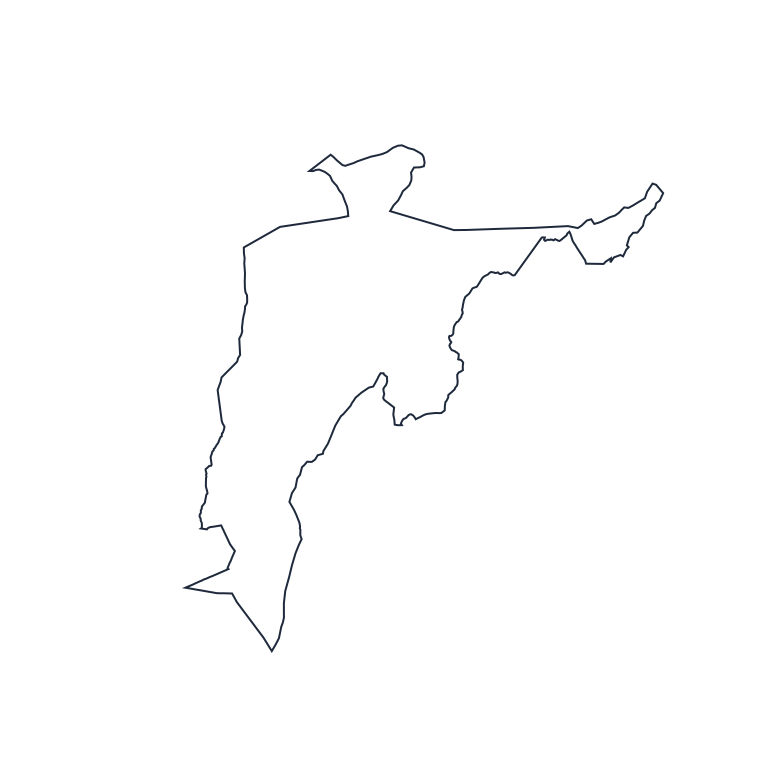 outline of Santiago Nuyoó, Oaxaca, Mexico, rotated 203°
{"feature_id": "50627088B90453813350653", "entity_name": "Santiago Nuyoó", "entity_type": "district", "adm_level": 2, "iso_a3": "MEX", "parent_name": "Mexico", "parent_adm1": "Oaxaca", "projection": "equal_earth", "projection_center": [-97.77, 17.01], "detail": "fine", "context": "isolated", "style": "outline", "palette": "slate", "viewbox_px": 768, "rotation_deg": 203, "n_neighbors": 0, "source": "geoboundaries", "source_scale": "gbopen_adm2", "svg_char_len": 6165}
<svg xmlns="http://www.w3.org/2000/svg" viewBox="0 0 768 768"><g transform="rotate(203 384 384)"><path d="M487.2,118.9L465.8,123.9L455.9,126.2L449.1,129.0L444.3,130.9L442.0,131.8L437.2,128.1L434.5,125.9L395.8,103.4L382.9,94.3L381.9,102.2L381.4,109.0L383.7,120.4L383.9,124.8L384.8,129.8L386.8,134.4L390.5,143.1L394.0,154.8L395.9,169.2L397.9,181.3L399.3,193.6L399.5,202.8L399.2,209.0L401.9,212.0L404.1,217.3L404.9,217.9L405.8,220.5L407.9,223.5L413.5,229.2L417.8,233.1L425.0,238.5L426.1,247.6L425.0,254.1L426.9,262.9L426.4,265.7L425.8,267.5L427.0,275.4L425.7,278.2L424.4,282.4L420.0,284.1L417.9,287.5L417.2,292.5L413.0,295.9L413.6,298.6L412.3,307.1L412.4,318.2L412.6,326.6L411.1,337.6L409.7,340.3L406.3,350.7L406.2,351.9L406.1,353.7L405.8,355.3L405.3,357.4L404.9,360.2L401.4,367.2L396.5,374.8L392.9,377.5L392.4,382.0L392.0,386.3L392.0,388.2L391.4,392.5L388.6,393.7L388.0,392.9L386.5,392.4L384.0,391.7L383.7,391.1L383.2,389.8L382.3,388.1L382.1,387.6L381.8,385.6L381.8,383.4L382.3,382.1L382.7,379.3L382.3,378.5L381.4,376.9L379.9,375.0L379.4,371.5L379.2,370.7L377.9,369.6L374.7,368.6L373.5,368.4L365.5,366.3L363.5,359.6L362.6,358.1L360.4,354.9L358.3,350.8L356.1,351.2L354.4,351.8L351.5,353.1L352.9,354.1L353.0,355.8L352.9,357.2L352.6,358.9L352.3,359.5L350.5,361.3L349.7,363.5L349.4,364.5L349.2,365.0L348.1,366.3L346.9,366.8L346.0,366.5L344.8,366.4L344.2,366.1L343.0,365.4L341.0,364.0L339.2,366.2L338.4,367.0L336.9,368.8L335.8,370.3L335.2,370.8L334.9,371.4L333.0,373.0L331.8,373.8L328.8,375.5L325.3,377.4L322.6,378.5L321.7,378.8L319.9,379.7L319.5,380.4L317.8,383.4L319.4,387.6L320.4,391.5L320.0,392.4L319.8,393.6L319.6,396.4L320.5,399.1L320.3,399.5L318.4,403.2L317.9,404.4L316.9,406.7L317.0,408.5L316.3,410.4L316.3,412.4L317.2,415.2L318.3,417.2L319.3,419.1L320.2,421.1L319.8,423.7L318.0,425.7L316.8,427.6L318.3,430.7L319.5,434.7L321.5,435.8L323.0,436.2L324.7,435.7L325.4,435.7L325.5,436.5L326.0,438.3L326.8,440.6L329.4,441.5L330.7,441.5L331.6,441.9L334.9,441.7L337.2,443.2L338.8,444.9L338.8,445.9L338.9,446.6L338.6,447.2L338.4,448.8L340.5,450.0L341.3,450.9L341.6,451.3L342.5,452.5L342.5,453.8L340.9,454.6L340.1,456.2L339.9,457.2L340.1,457.9L340.6,459.2L340.9,460.2L341.6,462.4L342.0,464.1L342.0,464.9L341.9,466.4L341.5,468.4L341.2,469.5L340.6,469.9L340.1,470.9L339.8,472.7L339.4,474.0L339.1,476.2L339.4,478.3L339.1,479.6L340.0,481.3L341.1,482.6L341.5,484.9L342.4,488.5L342.7,490.1L343.1,492.3L343.2,496.0L341.2,499.9L340.8,500.9L339.9,506.6L339.0,507.6L336.7,509.6L336.4,510.3L335.9,513.3L335.3,517.2L334.8,520.3L334.3,521.2L333.8,522.2L332.8,523.5L331.0,525.6L330.5,527.1L329.3,528.9L325.9,529.7L325.0,529.6L323.9,530.2L322.7,531.3L321.8,530.9L320.5,530.5L319.0,531.1L316.6,533.9L316.3,533.9L315.4,534.0L313.9,535.1L312.6,535.2L309.9,534.8L308.5,534.3L307.2,534.5L306.2,535.3L296.0,580.4L294.9,581.2L294.3,581.2L293.2,581.7L293.0,579.3L291.5,578.7L289.7,580.8L287.8,581.3L287.0,582.2L286.3,582.2L285.7,582.5L284.0,582.5L283.1,584.2L279.2,584.0L278.4,584.2L277.5,585.5L274.0,592.3L274.1,594.0L272.9,596.6L272.0,595.9L270.7,594.6L270.4,594.3L266.2,589.4L265.0,588.5L262.9,587.1L261.8,586.4L259.8,584.9L258.3,583.9L254.6,581.4L252.1,579.8L249.3,577.8L247.2,576.5L245.0,573.7L228.8,580.3L227.7,583.3L224.3,588.4L223.1,584.4L221.8,590.4L218.6,593.4L216.7,595.2L213.8,594.9L213.5,602.0L212.3,605.6L214.6,606.5L215.5,614.9L213.8,620.5L209.9,622.4L207.4,630.8L208.3,635.7L208.4,641.1L206.2,644.6L205.1,648.8L203.4,652.0L204.0,656.9L201.9,660.5L201.6,668.8L211.3,673.7L215.1,673.4L216.9,663.7L216.4,656.9L218.3,654.3L221.4,650.1L224.2,646.1L227.8,641.6L231.9,640.4L233.3,637.1L234.6,633.5L237.0,629.5L241.6,625.4L244.7,621.6L246.9,618.8L249.2,616.6L253.0,613.5L257.6,616.6L261.1,613.8L264.1,606.9L266.5,603.3L276.4,601.2L306.9,586.4L337.4,572.4L368.3,558.0L379.7,553.0L445.9,545.5L445.0,552.1L442.7,558.4L442.1,564.7L442.0,568.8L439.6,573.8L438.4,577.1L438.4,582.0L439.7,585.7L441.7,589.1L441.0,595.0L435.6,597.5L432.4,600.0L433.1,603.6L436.2,608.3L438.6,610.2L441.6,610.8L448.2,611.5L453.8,610.6L457.0,610.7L460.7,610.7L464.3,608.8L468.1,604.9L471.9,598.6L475.4,595.1L479.0,592.3L484.8,588.2L492.3,581.5L495.4,578.7L498.3,575.5L501.1,573.1L504.9,569.7L507.8,569.3L514.6,571.4L519.4,573.3L522.7,574.2L535.8,551.0L532.4,552.3L530.2,554.5L527.5,556.0L524.5,556.1L521.4,556.1L518.1,555.4L514.9,554.4L511.0,550.8L508.2,549.4L504.8,547.9L501.1,544.8L496.3,542.2L492.5,538.1L487.4,532.9L484.8,529.0L482.5,524.6L490.7,518.9L541.1,488.0L566.4,454.9L563.9,449.4L561.5,445.5L559.7,440.3L557.5,436.1L555.1,431.3L552.1,423.6L550.8,420.8L549.6,418.1L547.3,414.2L544.8,412.2L542.9,408.2L541.8,405.4L541.8,403.1L542.2,401.1L541.3,398.8L540.3,394.8L540.1,393.0L539.1,388.3L538.0,384.7L536.7,380.2L535.1,377.2L534.6,373.4L535.0,369.3L527.8,354.5L528.4,350.9L527.9,347.1L536.1,326.6L535.2,322.1L534.8,313.5L519.0,286.7L517.1,284.6L514.2,282.4L513.7,280.5L513.3,276.5L513.9,275.1L512.9,272.4L513.7,271.5L513.8,268.8L513.6,265.2L514.3,262.1L514.7,258.9L515.3,257.8L514.9,256.5L515.6,254.6L515.3,252.6L515.0,248.8L512.7,245.0L511.1,242.3L511.2,241.2L512.9,240.3L513.5,238.7L514.9,235.9L514.5,234.9L512.3,232.1L512.4,231.0L511.1,229.0L511.1,227.9L508.0,220.2L504.4,215.5L503.7,214.2L504.3,212.8L503.1,207.2L502.5,204.8L503.7,200.3L503.6,199.3L503.1,198.3L503.0,197.4L503.3,196.3L502.2,193.8L502.6,191.9L501.9,189.8L500.2,188.5L499.4,186.7L497.4,184.9L496.2,182.3L495.5,180.3L496.0,179.5L490.3,181.0L490.2,181.0L489.9,182.3L489.3,183.1L488.6,183.9L487.8,184.5L487.3,184.8L486.1,185.5L484.6,186.4L481.8,188.2L481.3,188.5L480.2,189.2L479.2,189.9L478.6,190.2L476.0,187.8L474.6,186.7L473.3,185.4L472.1,184.4L470.8,183.2L469.4,182.0L469.0,181.6L468.0,180.8L467.6,180.3L466.7,179.6L464.9,177.9L464.4,177.6L464.1,177.2L463.3,176.5L463.0,176.3L462.9,176.1L462.5,176.0L461.9,175.6L461.4,175.3L461.0,175.0L460.5,174.7L460.3,174.5L459.9,174.4L458.6,173.5L457.8,173.2L457.4,172.8L456.8,172.5L456.0,172.0L456.0,171.1L456.1,164.3L456.0,162.9L456.0,160.4L456.2,158.4L456.1,157.1L456.1,155.2L456.1,153.4L454.9,152.9L457.6,150.0L461.2,146.2L466.8,140.3L467.7,139.4L469.0,138.2L469.5,137.6L472.0,134.9L473.3,133.9L474.2,132.7L479.2,127.4L481.4,124.9L487.2,118.9Z" fill="none" stroke="#1e293b" stroke-width="2"/></g></svg>